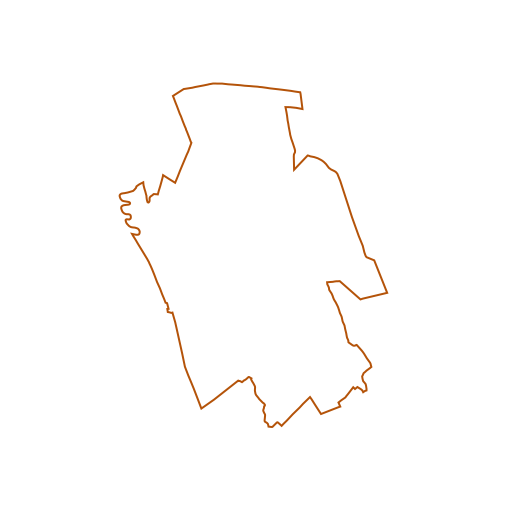 Soc Trang, Sóc Trăng, Vietnam (Equal Earth projection), rotated 137°
{"feature_id": "81297802B1985987011497", "entity_name": "Soc Trang", "entity_type": "district", "adm_level": 2, "iso_a3": "VNM", "parent_name": "Vietnam", "parent_adm1": "Sóc Trăng", "projection": "equal_earth", "projection_center": [105.991, 9.61], "detail": "fine", "context": "isolated", "style": "outline", "palette": "amber", "viewbox_px": 512, "rotation_deg": 137, "n_neighbors": 0, "source": "geoboundaries", "source_scale": "gbopen_adm2", "svg_char_len": 6110}
<svg xmlns="http://www.w3.org/2000/svg" viewBox="0 0 512 512"><g transform="rotate(137 256 256)"><path d="M149.1,293.5L149.7,294.3L169.3,293.1L160.5,303.0L159.0,304.4L156.7,305.3L155.5,306.5L154.6,308.1L151.9,313.9L150.3,317.6L148.5,321.0L148.1,321.7L147.7,322.2L144.1,327.9L142.2,330.7L140.4,333.6L139.0,335.5L138.3,336.5L137.9,337.0L135.7,340.3L132.9,344.8L129.6,341.6L128.3,340.1L125.6,337.0L123.4,334.0L121.8,331.8L120.4,333.7L115.5,340.5L112.9,344.1L112.0,345.6L112.6,346.3L115.2,349.5L117.8,352.9L123.2,359.4L125.9,362.6L131.3,368.9L133.9,372.2L136.5,375.4L138.2,377.3L139.4,378.8L142.3,381.9L143.9,383.7L145.3,385.2L148.2,388.3L150.9,391.5L156.3,397.4L159.2,400.5L161.0,402.6L163.3,405.3L169.9,411.5L173.3,413.7L174.1,414.1L178.2,416.6L182.3,419.2L185.3,421.1L187.8,422.5L193.7,426.5L195.0,427.4L207.6,429.7L208.6,427.1L209.6,424.7L210.6,422.2L211.6,419.6L214.7,412.1L215.6,409.4L216.5,407.2L217.6,404.6L219.6,399.5L220.5,396.9L221.0,396.1L221.6,394.3L224.8,386.3L225.8,384.0L226.0,382.9L227.5,382.1L230.9,380.4L234.4,378.6L237.4,377.4L253.6,370.1L259.0,367.5L265.2,364.7L267.0,371.4L268.8,378.5L270.3,377.4L274.5,374.8L278.6,372.3L282.3,370.2L285.8,368.0L286.9,369.3L287.6,370.0L288.4,370.9L288.7,371.1L288.9,371.1L289.6,371.1L290.2,371.1L290.9,371.2L291.5,371.3L292.3,371.4L293.1,371.4L294.2,371.0L295.0,370.3L295.7,369.4L296.7,368.6L297.3,368.4L298.1,368.4L298.6,369.2L298.0,370.6L297.3,371.8L296.4,373.1L295.7,374.0L295.3,374.5L295.0,374.8L294.7,375.5L294.2,376.4L293.0,378.6L292.1,380.5L291.6,381.5L290.6,383.3L289.9,384.6L288.2,386.8L291.8,387.8L293.1,388.1L294.8,388.3L295.5,388.4L296.1,388.4L296.6,388.1L297.0,387.8L297.2,387.7L299.6,387.4L300.6,387.4L301.4,387.4L302.1,387.7L306.5,389.9L309.4,391.7L310.6,392.6L311.0,392.8L311.7,393.3L312.3,393.5L312.8,393.6L313.3,393.6L314.0,393.5L314.5,393.2L315.0,392.6L315.5,391.6L315.9,390.6L316.1,389.9L316.1,388.8L316.1,388.0L316.0,387.5L315.5,386.6L314.9,385.8L313.3,383.7L312.2,382.3L311.9,381.6L311.9,380.9L312.1,380.5L312.4,380.3L312.8,380.1L313.3,380.1L313.8,380.3L314.5,380.7L315.8,381.7L318.0,383.3L318.7,383.6L319.4,383.8L320.0,383.9L320.6,383.9L321.2,383.6L321.7,383.2L322.2,382.6L322.8,381.3L323.3,380.0L323.5,379.1L323.5,378.3L323.4,377.4L323.2,376.6L322.7,375.6L322.2,374.9L321.1,373.9L320.6,373.3L320.2,372.6L320.0,372.1L320.0,371.5L320.2,370.9L320.6,370.3L321.1,369.7L321.7,369.2L322.5,368.9L323.3,369.0L323.9,369.2L324.7,370.2L325.4,370.9L325.8,371.2L326.2,371.3L326.6,371.3L327.2,370.8L327.7,369.8L328.2,368.7L328.4,367.6L328.4,366.0L328.4,364.7L328.1,363.4L327.8,362.6L327.3,361.8L326.5,360.8L325.6,359.8L325.0,359.0L324.1,357.4L323.7,356.4L323.7,355.6L323.8,354.7L324.0,354.0L324.4,353.2L325.2,352.4L326.0,351.9L326.7,351.7L327.3,351.8L328.0,352.2L328.7,352.8L329.4,353.6L330.5,355.1L331.6,356.7L332.2,354.2L333.1,349.5L333.9,346.0L337.6,328.1L338.2,325.8L338.5,324.5L339.0,323.3L339.7,321.0L340.8,317.8L341.9,314.9L343.1,311.8L345.4,306.2L346.1,304.5L348.3,297.9L350.7,292.1L352.5,287.2L354.0,283.5L353.2,282.2L353.8,281.0L356.0,277.0L357.0,277.7L358.7,275.2L357.5,273.5L356.8,272.2L356.1,271.8L355.7,271.6L360.3,262.6L363.4,257.3L376.7,234.7L383.5,223.5L387.0,214.8L389.5,208.0L392.0,201.4L396.2,191.0L400.0,181.7L384.8,179.6L354.1,177.0L354.1,176.6L354.0,176.4L353.5,176.0L353.2,175.8L353.1,175.6L352.6,174.3L352.4,173.5L352.3,173.3L351.4,173.2L350.7,173.2L350.2,173.2L349.8,173.2L348.9,172.9L347.2,172.6L344.4,172.6L343.9,172.5L343.6,172.2L342.8,169.6L343.3,169.4L343.6,169.2L343.8,168.8L344.0,168.2L344.3,167.0L344.5,166.1L344.7,164.9L345.3,162.7L345.6,161.7L346.0,160.9L346.5,160.3L347.3,159.6L348.7,158.2L350.2,155.8L350.6,154.8L350.8,153.9L351.0,150.6L351.2,149.4L351.2,148.4L351.1,144.8L351.1,144.1L350.8,143.1L350.8,142.4L350.9,141.4L351.0,141.1L351.6,140.5L352.3,140.6L352.7,140.4L353.9,139.4L355.2,138.7L355.8,138.3L356.2,137.9L356.5,137.3L357.1,135.5L357.3,134.6L357.5,134.0L357.8,133.5L358.4,132.9L361.6,130.1L362.1,129.6L362.3,129.3L362.4,128.8L362.4,128.4L362.3,128.1L361.9,126.9L361.8,126.0L361.8,125.2L362.0,124.8L362.6,123.6L363.2,122.7L361.3,120.4L360.5,119.8L354.6,120.0L353.9,119.9L353.6,119.6L353.3,117.3L353.1,114.3L350.4,114.5L345.9,114.6L341.4,114.9L337.1,115.2L327.3,115.4L322.4,115.8L312.7,116.0L313.1,113.1L314.2,107.3L315.3,101.2L316.2,96.1L308.9,93.2L305.1,91.7L298.6,89.1L297.1,88.4L295.6,92.6L291.8,92.3L289.9,92.0L287.1,91.6L285.7,91.9L282.8,92.3L274.4,93.7L274.3,91.2L271.2,91.0L270.6,88.8L270.1,86.9L270.0,85.8L269.9,85.4L270.0,84.9L270.5,83.3L268.4,83.0L266.9,82.3L265.9,83.3L264.1,85.9L263.2,87.5L263.0,89.6L263.0,91.2L262.5,92.3L262.0,93.2L261.6,93.9L260.9,94.9L260.6,95.4L260.1,95.7L258.7,96.2L257.5,96.8L257.1,96.9L256.6,96.9L255.8,96.8L253.2,96.8L250.0,96.4L248.9,96.3L247.3,96.2L246.0,98.6L245.6,99.3L245.3,100.5L245.2,101.6L244.7,105.6L244.2,108.0L243.7,110.4L243.4,112.3L243.2,114.3L243.0,122.1L243.1,122.4L243.4,122.6L243.9,122.6L244.6,122.9L245.1,123.2L245.7,123.7L245.9,124.1L246.2,124.7L246.9,128.1L247.2,129.5L247.2,129.8L247.1,130.1L246.9,130.3L246.3,131.0L246.0,131.6L245.8,132.2L245.6,132.7L245.3,133.7L245.0,134.4L244.2,135.7L242.7,138.0L240.7,141.6L239.0,144.3L238.8,144.6L238.5,145.3L237.9,147.2L237.6,148.2L237.3,148.9L237.1,149.4L236.4,150.5L235.0,152.8L234.6,153.7L234.4,154.3L234.1,155.2L233.7,156.5L233.5,157.1L232.9,158.3L232.2,159.7L230.9,162.5L230.3,164.3L229.7,166.4L229.3,167.8L228.9,169.9L228.8,170.3L228.6,171.1L228.3,172.0L227.7,173.4L227.1,174.7L226.7,175.9L226.5,176.4L226.3,177.0L226.2,177.6L226.1,178.3L225.9,179.4L225.7,180.8L225.5,181.3L225.3,181.7L225.1,182.0L224.8,182.4L224.4,182.9L224.2,183.4L224.0,183.8L223.8,184.4L223.2,186.5L223.0,186.9L222.7,187.3L222.4,187.6L221.9,188.3L220.0,186.8L217.4,184.7L216.1,183.9L214.7,182.9L213.0,181.4L211.9,180.5L209.2,153.0L207.0,152.0L185.2,139.6L172.5,172.2L175.9,179.6L175.9,180.7L175.5,181.9L174.3,184.7L171.0,190.6L169.2,195.3L167.2,200.6L159.3,219.0L143.2,253.4L140.5,260.4L140.3,262.5L140.5,263.8L141.0,265.3L142.1,268.1L142.6,270.8L142.1,275.5L142.2,278.2L142.4,279.6L142.6,280.7L143.0,282.1L144.2,285.4L146.0,288.7L148.2,291.7L148.9,293.0L149.1,293.5Z" fill="none" stroke="#b45309" stroke-width="2"/></g></svg>